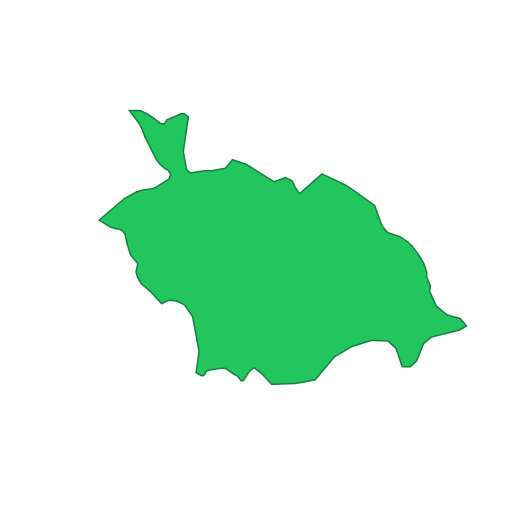 an SVG outline of Chhukha, rotated 318°
{"feature_id": "BTN-2433", "entity_name": "Chhukha", "entity_type": "District", "adm_level": 1, "iso_a3": "BTN", "parent_name": "Bhutan", "parent_adm1": "", "projection": "equal_earth", "projection_center": [89.524, 27.004], "detail": "fine", "context": "isolated", "style": "filled", "palette": "green", "viewbox_px": 512, "rotation_deg": 318, "n_neighbors": 0, "source": "natural_earth", "source_scale": "10m", "svg_char_len": 1648}
<svg xmlns="http://www.w3.org/2000/svg" viewBox="0 0 512 512"><g transform="rotate(318 256 256)"><path d="M365.5,448.8L357.9,447.3L332.4,433.7L322.0,433.2L305.3,441.4L296.5,441.6L290.6,436.1L298.2,418.5L297.2,407.4L285.2,395.9L266.3,387.3L246.8,383.4L217.0,387.6L200.1,377.2L181.8,361.9L181.6,348.1L180.0,338.1L177.6,337.4L173.7,337.3L163.7,340.1L161.8,339.4L161.4,337.9L161.9,335.6L161.9,332.7L160.5,329.0L158.2,319.2L154.7,315.8L144.8,309.5L142.1,308.5L140.3,308.8L138.9,309.8L136.6,309.6L135.3,308.3L133.4,302.6L149.8,288.9L168.3,258.7L170.2,244.9L169.1,241.6L167.1,236.9L164.7,233.8L162.3,231.2L159.6,229.7L154.0,228.4L153.8,212.2L152.2,199.8L153.8,192.3L156.2,187.5L163.0,182.6L163.6,171.0L168.9,159.6L173.1,152.7L173.6,148.2L172.6,144.9L169.3,140.8L167.3,137.4L163.4,124.4L196.6,125.3L210.0,128.4L216.2,131.4L224.2,136.8L228.2,138.1L242.7,140.6L247.3,138.3L247.7,136.4L248.0,134.3L247.7,132.4L246.9,130.3L246.5,127.8L246.1,123.3L246.4,117.8L253.1,93.4L256.3,85.2L257.9,78.9L259.2,63.2L267.2,70.4L270.2,77.4L272.0,84.3L273.6,93.1L275.3,95.7L277.2,96.5L280.5,95.1L295.4,100.1L297.8,102.1L298.9,107.3L272.0,129.6L262.3,145.1L262.7,150.2L275.1,158.4L280.3,163.1L292.0,170.3L302.9,168.7L310.0,181.1L319.1,212.9L330.3,217.4L333.0,223.9L332.3,227.5L331.2,230.4L330.1,238.9L359.9,239.1L369.4,261.7L371.8,269.8L377.9,298.0L369.8,317.9L369.5,326.0L370.4,328.5L375.8,337.8L378.1,346.4L378.6,352.6L378.0,361.0L376.8,368.7L375.8,373.3L372.7,381.0L371.7,382.8L368.9,385.6L365.6,394.9L361.4,398.4L356.5,413.9L358.5,427.2L362.2,433.6L365.0,437.3L365.8,439.5L365.8,446.2L365.5,448.6L365.5,448.8Z" fill="#22c55e" stroke="#15803d" stroke-width="1.5"/></g></svg>